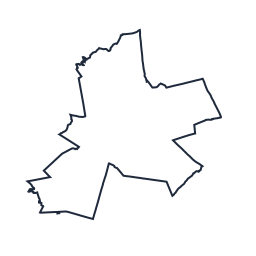 Raciu, Dâmbovita, Romania (Mercator projection), rotated 280°
{"feature_id": "2599482B50297970543738", "entity_name": "Raciu", "entity_type": "district", "adm_level": 2, "iso_a3": "ROU", "parent_name": "Romania", "parent_adm1": "Dâmbovita", "projection": "mercator", "projection_center": [25.443, 44.813], "detail": "fine", "context": "isolated", "style": "outline", "palette": "slate", "viewbox_px": 256, "rotation_deg": 280, "n_neighbors": 0, "source": "geoboundaries", "source_scale": "gbopen_adm2", "svg_char_len": 5627}
<svg xmlns="http://www.w3.org/2000/svg" viewBox="0 0 256 256"><g transform="rotate(280 128 128)"><path d="M167.1,208.9L167.6,208.8L167.8,208.6L169.5,207.4L169.9,207.1L170.3,206.7L170.9,206.1L171.2,205.9L171.7,205.5L172.3,205.1L173.1,204.6L175.2,203.2L175.5,202.8L176.5,201.9L177.3,201.1L177.7,200.6L178.2,200.1L179.0,199.5L181.3,198.0L182.0,197.6L183.5,196.7L184.7,196.0L185.0,195.8L185.3,195.7L185.6,195.6L185.9,195.4L188.7,193.6L189.5,193.0L188.7,191.4L188.0,189.9L187.0,187.5L186.5,186.3L185.2,183.5L184.5,181.9L184.2,181.2L182.6,177.6L180.7,173.4L178.5,168.1L177.8,166.4L174.4,158.8L175.2,158.1L176.1,157.3L176.3,157.0L176.5,156.5L176.7,155.7L177.5,152.5L175.6,150.8L174.3,150.2L173.7,149.6L173.2,149.1L172.9,148.3L172.7,147.9L172.5,146.7L172.2,145.8L172.1,145.0L172.4,144.7L173.1,143.9L173.8,143.2L175.6,141.4L177.7,139.0L177.0,138.8L176.8,138.4L177.1,138.3L177.3,138.2L178.1,137.8L178.5,137.7L179.0,137.5L179.6,137.1L180.1,137.0L181.0,136.2L181.9,135.4L182.1,135.3L182.4,135.2L183.8,135.2L184.6,135.0L185.3,134.6L186.7,134.1L188.5,133.3L190.7,132.6L193.7,131.7L195.1,131.2L196.5,130.7L198.8,130.1L200.6,129.7L202.5,129.2L208.2,127.5L211.4,126.6L212.1,126.4L213.0,126.2L215.7,125.5L216.8,125.1L221.1,123.8L221.6,123.7L224.8,123.2L226.6,122.6L225.8,121.5L224.2,120.1L222.5,117.1L222.0,116.0L221.3,113.9L220.0,109.2L219.4,106.4L218.6,106.4L218.0,104.8L216.3,104.8L211.4,103.4L208.9,102.3L209.0,101.1L207.6,99.0L206.0,98.3L204.8,97.6L203.4,96.9L202.6,97.2L202.0,97.1L200.8,96.5L200.4,95.4L201.4,93.9L202.0,92.8L201.7,91.3L201.3,90.1L201.4,89.2L201.5,87.9L201.5,86.2L201.7,85.7L201.0,85.4L200.6,85.1L199.6,84.3L198.7,83.7L197.7,83.2L197.3,82.9L197.0,82.0L196.5,81.2L196.2,80.4L196.0,80.2L195.6,80.0L195.3,80.0L194.8,79.3L194.4,79.3L194.0,79.0L193.5,78.5L193.0,78.2L192.7,78.3L191.6,78.3L190.8,78.3L190.2,77.5L189.6,76.8L189.1,75.7L188.8,75.4L188.2,75.4L188.0,75.0L189.0,74.2L189.8,73.2L190.0,72.4L190.1,71.6L189.9,71.2L188.4,72.1L187.7,72.4L187.1,73.1L186.8,73.6L186.8,74.2L186.4,74.0L186.1,73.8L185.8,74.0L185.5,74.0L185.7,73.6L185.7,73.2L185.6,72.9L185.3,72.6L186.0,72.4L186.3,72.2L185.9,71.8L185.5,71.6L185.1,71.1L184.9,71.0L184.3,70.8L184.1,70.7L183.7,71.0L183.6,71.6L183.3,72.1L182.9,72.3L182.7,73.0L182.2,73.4L182.1,73.1L182.1,72.6L182.3,72.1L182.5,71.6L182.6,70.5L182.3,70.2L181.8,69.7L182.5,68.8L182.6,68.4L182.3,67.9L182.1,67.7L182.2,67.3L182.1,66.8L182.1,66.5L181.9,66.1L181.5,66.0L181.2,66.2L181.3,66.6L180.8,66.6L179.9,67.2L179.4,67.6L179.1,67.4L178.7,67.4L178.5,68.0L178.1,68.0L177.5,67.3L177.1,67.1L176.7,67.1L170.7,73.2L169.4,72.0L168.4,70.8L144.4,79.7L132.3,83.9L132.0,83.8L131.0,81.6L130.6,77.9L130.9,74.7L130.8,72.3L131.0,69.1L130.6,69.4L130.0,69.6L129.5,69.8L129.1,70.1L128.5,70.4L127.7,70.6L127.2,70.5L126.7,70.6L126.2,71.3L125.5,71.5L124.8,71.6L124.3,71.3L123.8,71.0L123.0,70.8L121.8,70.5L121.3,69.6L120.8,68.6L120.2,68.3L118.1,68.3L115.5,67.8L114.5,67.1L113.3,65.9L113.0,65.0L112.0,64.3L111.5,63.5L111.0,62.5L109.8,61.9L109.7,61.7L100.9,83.0L100.5,82.8L99.7,82.3L99.5,81.8L99.2,81.6L98.8,81.7L98.4,81.5L98.5,80.8L98.4,80.0L98.0,79.6L98.3,79.1L98.4,78.3L98.5,77.7L98.3,76.9L98.0,76.2L91.2,67.5L91.3,67.6L71.4,52.5L66.1,59.8L65.9,59.2L59.3,41.9L58.4,39.3L58.0,38.3L57.1,39.9L57.1,40.0L56.5,41.1L54.8,43.2L53.9,43.7L53.2,44.5L53.0,45.3L52.4,46.0L51.6,46.1L51.4,45.5L51.2,44.9L51.0,43.8L51.0,42.8L50.9,42.3L50.3,41.8L49.7,42.4L49.1,41.9L48.9,41.4L48.5,41.1L48.1,41.0L48.0,41.4L48.1,42.0L48.8,42.8L49.1,43.2L49.6,43.7L49.8,44.3L48.6,44.9L48.8,45.8L48.1,46.0L48.1,46.4L48.0,46.6L47.7,46.6L47.9,48.1L48.8,49.7L43.3,52.6L42.8,53.2L40.7,54.0L40.4,53.1L39.1,53.3L39.1,55.7L36.9,56.1L36.7,56.7L36.7,56.8L36.4,57.9L36.2,58.1L29.5,56.0L29.4,56.6L33.1,73.1L32.6,73.1L31.6,73.3L31.9,74.2L32.2,75.1L33.5,74.8L34.7,80.0L35.0,81.4L35.0,82.4L34.9,84.0L34.3,89.9L33.4,98.0L32.8,104.0L32.3,109.3L33.3,109.4L36.3,109.7L37.4,109.8L38.4,109.9L40.4,110.2L44.5,110.6L49.7,111.2L55.3,111.7L59.3,112.1L63.5,112.5L65.5,112.8L67.5,113.0L67.9,113.1L68.1,113.1L68.4,113.1L68.6,113.1L69.5,113.1L72.1,113.5L75.1,113.9L76.8,114.2L78.6,114.4L80.8,114.6L84.8,114.9L87.2,115.1L89.8,115.3L89.9,115.5L89.3,117.6L89.2,117.8L89.1,118.6L88.9,119.5L88.7,120.0L88.5,120.5L88.4,120.9L88.3,121.0L87.4,121.4L87.1,121.9L87.0,122.2L86.8,123.1L86.7,124.1L83.7,127.7L83.7,127.8L80.2,131.8L80.3,133.4L80.3,134.7L80.3,135.3L80.4,135.9L80.6,139.8L80.7,144.1L80.9,148.8L80.9,150.6L80.9,151.9L81.0,152.2L81.8,175.3L68.9,183.5L69.0,183.6L69.7,184.2L70.1,184.5L70.6,184.9L70.9,184.9L72.1,185.6L72.6,186.1L73.4,186.4L74.5,186.8L75.2,187.2L76.0,187.5L77.3,188.3L78.1,189.0L79.0,189.9L80.4,190.8L81.6,191.9L82.6,192.8L83.7,193.3L84.7,193.6L85.3,193.9L86.2,194.6L86.8,195.0L88.2,195.6L88.9,196.1L89.1,196.3L89.7,197.0L90.2,197.5L90.7,197.8L92.0,199.2L92.6,199.5L93.4,199.8L93.9,199.9L94.7,200.2L94.8,200.3L94.8,200.6L94.8,200.8L95.0,201.0L96.7,202.2L97.0,202.5L97.3,202.9L97.4,203.1L97.3,204.9L97.2,205.1L97.3,205.3L97.6,205.5L97.8,205.7L98.3,205.4L99.4,206.9L102.3,207.0L103.3,208.0L104.2,206.2L104.5,205.6L105.2,204.0L105.9,202.0L106.8,199.9L108.4,197.1L109.0,196.3L109.4,195.8L110.1,194.7L110.7,193.8L111.0,193.5L111.2,193.3L111.4,192.7L112.3,191.2L113.0,190.3L115.7,186.4L117.0,184.6L120.1,179.7L121.9,177.1L123.7,174.5L124.6,176.0L124.7,176.3L126.6,179.8L130.0,186.2L131.7,189.5L134.3,195.1L135.5,194.7L136.0,194.6L136.6,194.4L136.9,194.3L138.8,193.8L142.6,192.7L146.8,199.3L148.9,202.8L149.4,203.0L150.2,205.7L150.5,208.4L151.3,209.8L151.6,209.6L152.7,212.8L153.3,214.7L153.6,215.4L153.8,215.7L154.0,216.1L154.0,216.5L154.5,217.6L154.8,217.7L155.1,217.6L158.1,215.8L166.7,209.3L167.0,209.1L167.1,208.9Z" fill="none" stroke="#1e293b" stroke-width="2"/></g></svg>